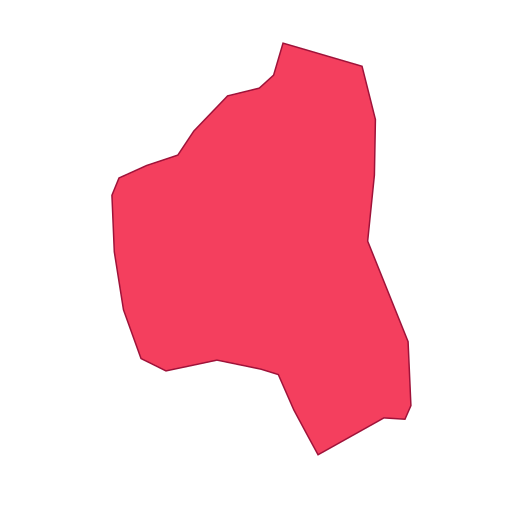 the border of Sunderland, rotated 81°
{"feature_id": "GBR-5664", "entity_name": "Sunderland", "entity_type": "Metropolitan Borough", "adm_level": 1, "iso_a3": "GBR", "parent_name": "United Kingdom", "parent_adm1": "", "projection": "natural_earth1", "projection_center": [-1.453, 54.859], "detail": "fine", "context": "isolated", "style": "filled", "palette": "rose", "viewbox_px": 512, "rotation_deg": 81, "n_neighbors": 0, "source": "natural_earth", "source_scale": "10m", "svg_char_len": 501}
<svg xmlns="http://www.w3.org/2000/svg" viewBox="0 0 512 512"><g transform="rotate(81 256 256)"><path d="M428.0,126.4L440.5,134.4L435.9,155.0L462.0,225.8L442.6,232.7L414.0,242.7L376.6,252.5L368.6,268.7L352.7,310.9L355.4,362.9L339.3,385.6L288.4,395.3L229.7,395.3L173.5,388.8L157.5,379.1L149.5,349.9L144.1,317.4L122.8,297.8L93.4,259.0L90.7,226.5L80.1,210.3L50.0,196.0L85.2,121.6L139.9,116.7L194.6,126.4L258.8,143.4L364.4,119.2L428.0,126.4Z" fill="#f43f5e" stroke="#9f1239" stroke-width="1.5"/></g></svg>